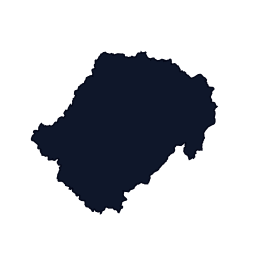 Aluminé, Neuquén, Argentina (Albers equal-area conic projection), rotated 39°
{"feature_id": "61730980B74102790629524", "entity_name": "Aluminé", "entity_type": "district", "adm_level": 2, "iso_a3": "ARG", "parent_name": "Argentina", "parent_adm1": "Neuquén", "projection": "albers", "projection_center": [-71.146, -39.13], "detail": "fine", "context": "isolated", "style": "filled", "palette": "ink", "viewbox_px": 256, "rotation_deg": 39, "n_neighbors": 0, "source": "geoboundaries", "source_scale": "gbopen_adm2", "svg_char_len": 5795}
<svg xmlns="http://www.w3.org/2000/svg" viewBox="0 0 256 256"><g transform="rotate(39 128 128)"><path d="M195.4,113.8L196.1,112.5L196.5,110.4L197.9,110.2L197.7,109.1L197.9,108.5L196.2,107.0L196.2,105.7L196.5,104.8L195.7,104.7L195.2,104.2L195.1,102.3L195.7,101.0L197.2,100.4L198.2,99.2L199.2,98.6L198.3,97.4L197.3,96.8L196.1,94.8L195.4,94.4L195.1,93.8L195.0,92.4L194.0,90.8L194.1,90.0L193.5,89.5L193.7,88.3L193.4,87.5L192.1,86.9L191.1,85.6L190.3,85.0L189.7,84.0L189.3,81.2L189.4,77.6L189.3,76.9L191.2,72.3L191.9,71.2L192.1,70.1L191.6,68.6L189.9,66.5L188.4,65.9L186.6,62.3L185.1,60.8L183.8,60.4L183.3,59.5L183.5,58.7L183.2,58.1L183.2,56.9L183.6,56.2L183.6,55.3L182.5,55.7L179.7,54.1L178.9,54.2L176.5,55.5L176.0,55.3L175.3,53.7L173.0,52.7L172.1,51.9L171.2,48.4L169.6,47.2L170.0,46.7L170.0,45.1L170.3,44.1L169.7,43.3L168.5,43.2L165.8,45.1L163.8,45.6L163.2,44.5L161.3,44.2L160.6,43.3L158.6,43.0L159.0,42.1L158.6,41.3L156.5,40.8L154.4,41.2L151.7,40.7L150.9,40.8L150.4,41.0L149.1,42.5L147.8,46.6L147.0,48.1L146.2,49.3L145.3,49.9L141.4,49.4L140.7,49.8L139.1,49.8L138.7,49.8L138.2,49.1L136.6,49.0L135.8,50.0L134.1,49.7L133.9,50.4L133.2,51.2L132.0,50.7L131.9,50.1L127.9,48.4L127.0,49.0L124.8,48.5L123.5,49.0L123.0,49.9L121.8,51.1L121.3,50.5L120.5,50.4L119.6,49.1L118.4,48.0L117.9,47.9L117.2,48.6L117.2,49.8L116.2,50.6L115.7,51.4L115.7,51.9L115.4,52.3L114.5,52.1L114.0,52.4L114.2,53.1L113.9,53.6L113.4,53.2L113.0,52.6L111.2,53.4L109.9,56.2L109.1,56.7L108.6,57.4L105.8,57.8L105.4,58.1L104.4,57.5L103.6,57.9L102.6,59.3L102.7,60.7L101.6,60.3L100.3,61.1L98.1,60.9L95.2,59.6L94.5,59.1L94.4,58.2L93.9,58.1L93.3,59.4L92.0,60.4L91.7,61.1L90.5,60.8L90.7,61.3L90.4,62.3L88.9,63.4L88.8,64.0L89.0,66.2L89.5,67.3L89.1,68.0L88.9,68.9L87.9,69.1L87.3,70.1L86.6,69.8L86.0,69.9L85.8,71.3L84.9,72.0L84.2,73.2L82.4,73.6L81.9,74.2L81.0,74.7L80.1,74.7L78.8,73.5L77.0,74.2L76.8,74.6L73.4,76.9L71.1,80.4L70.2,80.0L70.0,80.7L69.3,80.4L68.4,80.6L68.1,81.3L67.2,82.5L65.4,83.1L64.7,83.7L62.9,83.5L61.5,85.1L61.6,86.1L60.6,87.8L61.2,88.8L60.9,90.0L60.9,91.4L61.6,92.3L61.4,93.0L61.7,93.3L61.4,94.1L61.4,95.3L60.3,95.5L60.2,96.2L62.4,98.6L62.2,99.8L62.8,100.7L64.9,102.0L64.4,103.6L63.7,104.4L63.6,105.6L66.9,108.0L67.5,109.8L67.8,110.0L66.8,110.4L65.9,111.3L65.6,111.9L65.7,112.6L65.1,113.0L64.2,115.1L65.1,117.0L65.2,118.8L66.0,120.6L65.8,121.3L65.0,122.4L64.8,123.9L64.2,124.8L64.7,125.8L63.9,126.9L65.3,130.0L63.7,132.4L64.1,132.9L63.9,133.5L64.8,134.4L65.1,135.2L67.0,135.4L67.2,137.0L67.7,137.8L67.2,139.8L68.1,140.5L68.0,141.5L68.5,142.3L69.6,143.3L69.8,144.4L70.4,145.3L70.2,146.6L68.6,146.2L69.3,150.2L70.2,150.9L69.8,152.3L69.3,153.1L68.5,153.6L68.8,154.1L68.7,155.4L69.1,156.8L71.4,157.6L71.6,160.4L71.4,160.9L70.3,160.8L69.4,161.3L68.5,163.2L68.2,164.9L69.7,168.0L68.1,169.2L67.9,170.0L68.2,172.9L67.3,175.0L66.8,175.4L65.6,175.4L65.0,176.8L64.2,177.3L63.5,178.3L62.7,178.1L61.8,179.6L60.6,178.9L59.4,179.5L58.0,179.1L57.8,180.5L58.3,182.2L58.3,183.3L59.0,184.4L59.7,184.7L60.0,186.2L59.8,187.5L58.7,187.5L58.3,188.2L57.4,188.4L56.8,189.8L57.3,190.6L58.8,190.7L59.1,191.1L59.2,192.9L58.9,193.3L58.9,194.3L59.3,194.6L59.2,195.5L59.6,196.3L59.9,196.6L59.9,197.1L60.3,197.3L60.5,197.8L61.3,198.0L63.0,197.0L63.4,197.3L69.0,197.4L70.6,200.3L71.4,200.4L72.9,199.5L73.6,199.5L74.0,199.8L74.3,200.9L75.2,201.2L75.7,201.8L77.1,202.1L78.4,203.1L79.4,202.2L81.8,201.6L82.4,200.4L83.3,200.1L84.8,200.9L85.8,202.5L86.5,202.6L88.7,200.3L88.9,199.5L89.9,199.9L91.1,199.3L91.5,198.6L91.6,197.0L92.4,196.0L93.0,195.6L93.9,195.9L94.5,197.5L94.5,198.7L95.2,199.5L96.1,199.7L97.2,200.3L99.1,199.1L99.9,199.5L100.2,200.1L99.7,201.6L99.8,202.0L101.6,203.2L101.8,203.8L101.7,204.4L102.6,206.6L102.8,208.1L103.8,209.6L104.5,211.2L104.9,211.7L105.4,211.4L106.4,211.8L106.9,212.8L107.2,212.9L107.6,212.9L109.7,211.0L111.9,210.4L113.5,210.9L114.3,210.7L115.7,211.7L119.0,210.4L120.5,210.8L120.7,212.2L121.8,211.8L122.1,211.3L122.3,209.9L122.5,209.8L123.6,210.2L123.9,211.1L125.0,212.0L129.9,211.5L130.4,212.1L130.2,212.4L129.7,212.5L130.2,212.9L130.8,212.9L131.3,212.5L132.0,210.9L132.9,210.9L134.2,212.3L134.5,213.4L135.2,213.8L137.4,213.4L140.1,211.6L142.2,213.2L142.7,214.3L144.9,215.3L147.3,214.0L148.5,214.3L150.5,214.1L152.7,215.0L153.3,214.6L152.7,213.2L152.8,212.3L153.5,212.1L154.7,212.6L155.7,212.7L157.0,211.8L157.5,212.0L158.7,210.3L159.4,210.4L160.5,211.7L160.7,211.3L160.6,210.6L160.0,209.3L160.2,207.9L160.8,207.1L160.9,206.1L160.1,204.0L160.5,203.2L161.6,202.5L163.2,202.3L165.8,200.1L166.1,199.4L168.7,199.9L169.7,198.9L171.8,198.7L173.5,199.7L174.1,199.4L173.0,195.4L173.2,194.6L173.8,193.7L173.6,193.2L173.0,192.5L172.4,192.7L172.0,193.2L171.2,193.3L170.6,191.1L169.9,190.2L169.6,189.2L170.5,186.9L171.9,185.0L171.9,184.6L171.1,184.2L167.4,184.0L165.9,182.7L165.0,180.9L163.9,180.0L167.0,177.9L168.5,177.1L168.6,175.6L168.2,174.7L169.8,172.5L170.4,171.1L169.9,170.0L169.9,167.8L170.2,167.1L169.8,166.8L169.8,166.4L170.3,166.0L170.7,165.1L171.4,164.8L172.0,162.7L172.9,161.4L174.0,161.5L174.9,160.9L176.1,160.7L178.3,158.9L177.9,158.0L178.0,156.9L177.4,156.1L177.6,155.6L177.0,155.0L176.8,153.6L176.2,152.7L174.9,151.7L174.8,151.3L174.8,150.7L175.8,148.0L175.5,146.2L176.1,145.5L176.5,144.0L176.9,143.6L176.6,143.1L177.4,142.6L177.7,140.9L177.3,139.7L177.5,138.1L177.5,134.0L178.1,133.5L177.8,131.7L178.4,129.9L177.9,129.0L178.0,127.2L176.8,125.4L176.8,124.1L177.2,123.4L177.0,122.3L178.0,119.4L178.5,118.9L178.5,117.2L178.0,115.9L176.1,114.3L176.0,113.8L176.3,112.8L176.1,110.9L177.9,109.6L178.0,109.1L179.0,108.9L180.2,108.0L180.1,107.6L180.7,106.2L180.5,105.7L180.7,104.9L181.9,103.2L183.0,104.0L183.1,105.3L184.0,105.8L184.7,106.9L184.3,108.0L184.8,109.0L185.3,109.2L186.0,110.8L188.7,112.0L190.5,111.8L191.8,111.4L193.1,112.3L193.8,112.4L194.5,113.3L195.4,113.8Z" fill="#0f172a" stroke="#020617" stroke-width="1.5"/></g></svg>